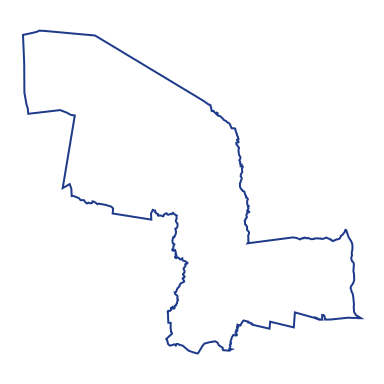 outline of Junín, San Luis, Argentina
{"feature_id": "61730980B92635702663446", "entity_name": "Junín", "entity_type": "district", "adm_level": 2, "iso_a3": "ARG", "parent_name": "Argentina", "parent_adm1": "San Luis", "projection": "equal_earth", "projection_center": [-65.257, -32.22], "detail": "fine", "context": "isolated", "style": "outline", "palette": "blue", "viewbox_px": 384, "rotation_deg": 0, "n_neighbors": 0, "source": "geoboundaries", "source_scale": "gbopen_adm2", "svg_char_len": 6070}
<svg xmlns="http://www.w3.org/2000/svg" viewBox="0 0 384 384"><path d="M361.0,318.2L355.9,315.0L354.0,311.8L353.7,306.1L354.0,305.1L353.3,297.1L352.6,293.4L351.6,291.9L351.4,290.3L350.6,288.4L350.6,287.7L351.1,286.2L352.8,283.8L353.7,281.7L354.2,280.1L354.0,273.6L353.7,272.9L353.4,271.0L353.9,264.4L353.7,263.2L353.3,262.3L352.1,261.2L351.3,259.0L351.3,257.5L352.0,255.4L351.7,253.1L352.5,248.7L352.4,244.9L352.0,243.2L351.2,241.3L348.6,237.2L346.2,230.1L345.4,229.9L344.6,232.1L342.6,234.7L340.8,236.0L340.5,236.9L339.6,238.6L337.7,239.4L336.5,239.4L335.3,240.1L334.6,240.1L333.5,241.1L331.4,240.4L331.2,239.7L330.8,239.8L330.3,239.3L326.3,237.6L322.9,238.9L320.9,238.8L320.3,238.4L318.9,238.6L317.4,238.2L317.2,238.4L315.0,238.4L314.5,238.8L313.8,238.7L313.5,239.0L311.8,239.2L310.5,239.0L308.5,238.0L307.8,238.3L307.4,238.0L306.6,238.3L304.8,237.6L303.9,237.8L303.7,238.3L302.9,238.0L302.5,238.4L301.3,238.5L300.3,239.4L296.2,237.9L293.0,237.4L247.6,243.3L248.6,241.9L248.2,239.7L248.4,239.1L248.2,235.6L248.4,234.9L248.9,234.0L249.0,232.6L248.9,232.1L248.2,231.0L247.4,230.4L247.0,229.7L247.1,226.8L246.7,226.5L246.3,225.3L245.1,224.3L245.0,223.2L245.1,222.3L244.7,221.0L244.9,220.3L245.7,219.3L245.7,218.5L246.9,217.3L246.4,215.2L246.8,213.5L247.3,212.9L248.7,212.4L249.2,212.0L248.7,211.1L247.2,210.8L248.5,208.2L247.9,206.8L248.7,206.0L247.5,205.2L247.3,204.1L247.1,201.3L247.4,200.2L247.9,199.2L247.0,197.7L246.0,197.5L245.8,196.9L246.1,196.1L245.2,194.5L244.3,191.5L242.6,190.9L241.9,189.6L241.6,189.6L240.5,188.1L240.0,186.7L239.9,183.1L240.6,182.4L240.8,180.8L241.6,179.5L241.7,178.5L241.5,177.4L240.7,176.5L240.8,174.6L241.3,173.5L242.2,172.5L242.3,171.9L242.0,170.1L242.0,168.4L242.7,167.2L242.8,166.5L242.4,166.2L241.0,166.4L240.6,166.3L240.7,165.9L241.4,165.6L241.6,165.1L241.6,164.5L240.3,164.3L240.0,162.6L240.2,161.7L239.3,160.2L240.3,158.7L240.5,157.7L240.4,157.1L239.3,155.4L238.7,152.7L238.5,150.2L239.0,147.8L238.8,147.3L238.1,146.7L237.4,145.3L236.6,144.7L236.2,143.7L236.4,142.7L236.8,142.4L238.4,142.4L238.6,142.0L238.6,141.7L237.0,139.9L237.2,139.5L238.5,139.1L238.4,138.5L238.0,137.8L237.9,136.8L237.1,135.6L236.8,133.5L236.2,132.8L235.9,131.2L235.5,130.5L235.3,128.8L234.9,128.4L234.0,128.5L233.3,128.2L231.9,128.4L231.6,128.2L230.4,125.6L230.2,124.6L228.9,123.1L227.3,122.3L225.9,121.0L223.6,119.8L222.9,118.7L220.4,116.3L218.0,115.6L217.7,115.0L217.7,113.3L217.4,113.0L216.9,112.8L216.7,114.1L216.5,114.3L215.7,113.1L214.3,112.2L213.7,111.0L213.4,110.8L211.8,111.1L211.5,110.5L211.1,107.4L210.8,107.0L210.4,105.2L209.8,105.1L209.2,104.5L208.7,104.6L203.7,101.0L95.0,35.5L43.2,30.8L40.7,30.8L39.7,30.5L37.3,31.6L34.3,32.5L23.0,34.9L24.2,63.6L24.4,92.7L26.5,104.5L27.7,108.1L28.3,113.8L60.1,110.1L66.7,112.6L70.9,114.9L74.8,115.5L62.7,188.1L69.7,184.1L71.3,188.6L71.7,196.0L73.3,195.9L79.0,198.2L80.5,200.1L83.8,200.1L86.0,202.9L86.8,203.3L87.4,203.4L88.3,202.6L90.2,203.3L91.8,203.1L92.4,202.3L92.4,201.4L92.9,201.3L95.1,202.4L97.4,204.2L98.5,203.6L105.2,204.8L111.3,206.6L113.1,208.5L112.7,213.5L151.3,219.6L151.0,213.5L152.9,209.9L154.1,210.6L155.0,210.5L155.3,211.3L155.2,212.2L155.8,212.5L156.1,213.3L158.0,214.0L158.2,214.3L157.9,215.4L158.2,215.7L161.0,215.5L163.1,216.4L163.4,216.2L164.0,214.6L165.8,213.4L166.8,213.4L167.3,214.5L168.5,214.8L170.4,213.9L171.7,214.2L172.6,213.0L173.0,212.8L174.1,214.1L176.8,215.6L176.5,216.6L176.6,218.9L176.0,219.8L175.8,221.1L176.8,222.9L177.5,223.6L177.5,226.3L177.0,227.7L176.4,228.3L175.4,228.6L175.5,229.6L176.0,231.5L175.9,233.4L174.3,237.2L173.9,237.4L173.8,237.0L173.5,236.9L173.1,237.7L172.7,238.9L172.4,240.9L172.8,243.0L173.1,243.6L174.3,244.1L174.4,244.4L173.5,246.2L173.2,248.0L173.3,249.2L172.9,249.8L172.4,249.6L172.3,250.1L172.6,250.5L173.2,250.7L174.4,250.6L175.2,250.2L175.3,250.4L175.5,251.8L176.0,253.0L175.5,254.2L176.4,255.1L175.1,256.7L175.1,257.5L175.5,257.9L176.3,258.1L177.3,257.2L178.8,258.0L179.7,259.1L180.3,259.4L182.3,258.4L182.4,260.0L182.6,260.4L185.6,261.4L186.3,262.1L187.5,262.9L187.3,263.5L186.2,263.5L185.2,264.3L185.6,265.7L185.1,266.7L184.3,267.3L183.6,268.8L183.7,269.5L184.5,270.7L184.5,272.3L184.2,272.9L183.3,273.6L183.0,274.1L183.0,274.6L184.6,276.4L184.5,277.0L184.2,277.5L183.3,277.7L182.6,278.6L183.8,280.3L184.2,281.4L184.0,281.8L181.4,283.0L180.4,283.9L180.0,284.3L179.4,286.0L179.5,286.3L177.4,288.4L176.1,291.8L175.7,291.9L175.2,292.5L174.7,292.5L175.2,294.1L177.0,295.4L177.6,296.3L177.2,298.8L177.9,299.3L178.1,300.1L177.2,301.3L177.0,303.3L176.2,304.3L176.2,305.1L176.0,305.4L174.8,305.7L174.6,308.0L174.5,308.3L173.5,308.5L173.1,307.2L172.6,306.9L171.8,307.6L171.0,307.9L171.0,308.4L171.6,308.6L171.6,308.9L170.9,310.1L170.2,310.5L169.9,311.0L168.3,310.8L167.9,311.1L167.7,311.9L167.9,312.0L168.3,322.7L170.7,322.9L170.7,323.7L170.6,327.8L171.1,332.2L171.9,332.8L171.9,333.4L171.9,333.8L165.6,339.6L166.9,339.0L168.0,343.9L169.5,345.4L170.4,345.6L174.6,344.3L175.8,345.5L176.6,344.0L178.2,344.0L178.6,344.5L182.8,345.7L188.5,350.6L192.7,352.2L197.5,353.5L198.2,353.1L202.5,345.9L204.4,343.6L209.6,342.2L215.2,341.3L217.6,342.7L218.8,345.2L222.8,347.9L222.7,349.3L223.2,350.2L229.5,350.7L230.6,349.8L231.8,349.3L229.4,348.7L230.4,346.3L230.3,345.9L229.8,345.3L229.9,344.9L230.9,344.0L231.0,343.3L230.4,343.4L230.3,342.9L230.7,340.9L231.4,339.2L231.6,337.9L233.3,335.0L235.9,335.5L236.7,335.4L236.9,334.5L235.8,334.1L235.6,333.1L235.7,331.9L236.3,332.1L236.7,331.7L236.7,331.3L237.2,330.8L236.9,330.4L236.4,330.2L236.4,329.7L237.4,329.5L237.5,329.2L237.2,329.0L237.5,328.4L237.1,327.8L237.0,327.1L237.5,327.1L237.7,327.4L238.3,326.9L238.3,326.1L237.5,326.0L237.4,325.8L237.5,324.7L240.4,325.5L242.2,322.1L243.5,320.5L248.4,321.7L248.2,322.5L251.3,323.2L251.2,323.8L252.4,324.1L252.3,324.7L269.5,328.7L270.2,321.7L293.8,327.4L294.9,312.4L314.6,317.9L314.8,317.4L316.7,317.9L316.5,318.7L318.5,319.4L318.6,319.1L319.6,319.2L319.6,319.7L322.2,319.7L322.1,315.0L323.0,314.9L323.2,315.7L324.3,315.7L325.0,318.1L324.9,319.5L330.8,319.5L348.4,317.7L354.4,318.0L356.4,317.8L357.9,318.2L361.0,318.2Z" fill="none" stroke="#1e3a8a" stroke-width="2"/></svg>